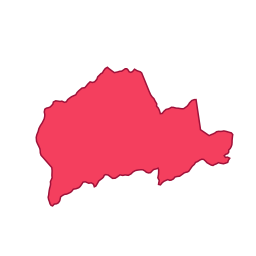 the district of Matão, São Paulo, Brazil, rotated 162°
{"feature_id": "56859067B9094864548247", "entity_name": "Matão", "entity_type": "district", "adm_level": 2, "iso_a3": "BRA", "parent_name": "Brazil", "parent_adm1": "São Paulo", "projection": "robinson", "projection_center": [-48.44, -21.618], "detail": "fine", "context": "isolated", "style": "filled", "palette": "rose", "viewbox_px": 256, "rotation_deg": 162, "n_neighbors": 0, "source": "geoboundaries", "source_scale": "gbopen_adm2", "svg_char_len": 2884}
<svg xmlns="http://www.w3.org/2000/svg" viewBox="0 0 256 256"><g transform="rotate(162 128 128)"><path d="M225.6,80.1L225.1,78.2L223.8,77.2L221.7,78.4L219.3,78.0L217.3,78.4L215.4,79.9L213.3,83.4L211.1,84.1L208.9,84.5L206.7,84.1L204.5,84.3L202.5,84.6L201.1,85.2L198.9,86.7L196.1,86.3L193.4,86.4L191.7,87.1L189.9,88.4L187.5,90.4L185.2,90.0L182.4,87.6L179.8,87.2L178.2,85.2L178.2,82.5L176.6,82.7L174.6,84.4L172.1,86.7L167.8,88.2L166.4,89.0L165.2,90.4L163.6,90.6L161.4,89.4L160.3,87.8L158.3,84.9L155.7,84.2L153.6,84.7L150.1,85.9L147.6,84.5L145.3,84.3L142.3,82.9L139.4,83.4L137.0,84.6L134.5,85.2L132.6,85.1L130.8,84.8L128.5,84.3L126.7,83.6L125.3,82.0L124.2,80.2L122.3,78.9L120.3,78.6L118.8,79.5L116.5,80.6L113.9,80.4L111.8,80.5L111.8,78.7L112.6,76.3L113.4,74.3L115.0,71.4L114.5,68.4L115.6,66.5L116.4,64.9L114.7,63.9L112.4,65.4L110.3,66.2L107.8,66.5L106.0,66.6L104.6,65.4L103.0,65.1L100.6,65.5L98.4,66.9L96.3,66.7L93.8,66.2L90.3,67.3L88.6,67.9L86.8,68.0L85.1,67.8L83.6,68.1L81.5,69.7L78.7,71.8L76.2,72.9L74.4,74.4L72.1,74.6L69.7,75.3L67.4,75.5L65.7,74.7L64.5,72.6L63.6,70.6L61.8,68.6L60.3,67.0L58.7,66.1L57.3,66.5L55.2,66.6L52.7,67.1L50.9,65.9L48.3,64.5L46.2,64.4L43.8,64.5L42.5,66.3L40.6,67.8L42.4,69.6L44.4,69.9L45.1,71.9L43.2,72.8L41.2,72.8L39.7,73.9L39.0,76.0L37.2,76.9L35.6,78.4L34.4,80.0L33.5,82.1L32.9,83.9L32.0,86.0L31.2,87.8L30.4,89.4L31.2,91.4L33.3,92.8L35.8,94.5L37.8,95.6L39.6,95.8L41.3,96.2L42.7,96.8L44.9,97.1L46.9,96.4L48.8,96.1L50.6,96.0L53.2,95.7L59.6,104.0L59.2,106.0L54.5,134.0L56.2,134.5L58.8,134.4L61.7,132.9L63.1,131.7L64.9,130.5L68.9,129.2L70.4,129.5L72.0,130.2L73.9,131.2L76.0,132.0L78.5,133.6L80.3,134.3L81.9,133.9L83.6,133.7L86.1,133.9L88.7,132.8L90.9,131.3L92.8,131.6L92.7,135.1L93.1,137.8L94.1,139.8L93.2,142.1L93.9,145.2L94.3,148.0L95.4,150.0L96.2,152.6L96.6,156.5L98.0,176.1L98.9,177.6L101.7,179.7L103.6,181.9L106.2,180.3L108.1,180.0L109.6,181.2L109.9,182.9L110.8,184.7L112.4,185.2L114.6,184.5L116.6,184.0L118.3,184.5L120.7,184.5L123.9,184.9L125.5,187.1L127.9,190.5L128.8,192.1L131.2,191.6L133.6,189.9L135.3,188.3L136.9,188.1L138.6,187.2L141.0,186.0L142.6,183.9L145.5,182.2L147.8,182.3L149.8,183.6L152.8,182.1L154.7,180.8L156.6,179.7L159.5,180.2L163.4,178.6L165.6,177.4L167.4,175.7L169.6,175.5L172.1,175.2L174.6,174.4L176.6,173.6L178.5,172.0L180.4,172.0L182.6,174.0L184.3,174.2L186.3,175.2L188.4,176.2L190.9,175.8L192.2,173.8L193.7,173.0L195.3,172.1L197.2,171.9L199.5,172.1L201.3,171.6L202.7,169.1L202.9,166.9L203.4,165.2L204.8,162.7L206.7,160.7L208.0,159.4L210.5,157.4L212.9,155.0L214.5,152.5L216.9,149.6L218.2,147.4L219.1,143.6L218.9,141.0L218.4,137.5L218.2,135.6L218.5,133.6L219.1,131.4L219.1,128.9L217.9,126.2L212.7,114.0L213.4,110.8L214.1,108.9L215.0,106.5L215.6,104.0L218.4,100.9L218.9,98.7L219.8,96.9L221.2,94.8L222.4,92.6L223.3,90.7L224.2,88.7L225.3,86.9L225.6,84.6L225.5,82.3L225.6,80.1Z" fill="#f43f5e" stroke="#9f1239" stroke-width="1.5"/></g></svg>